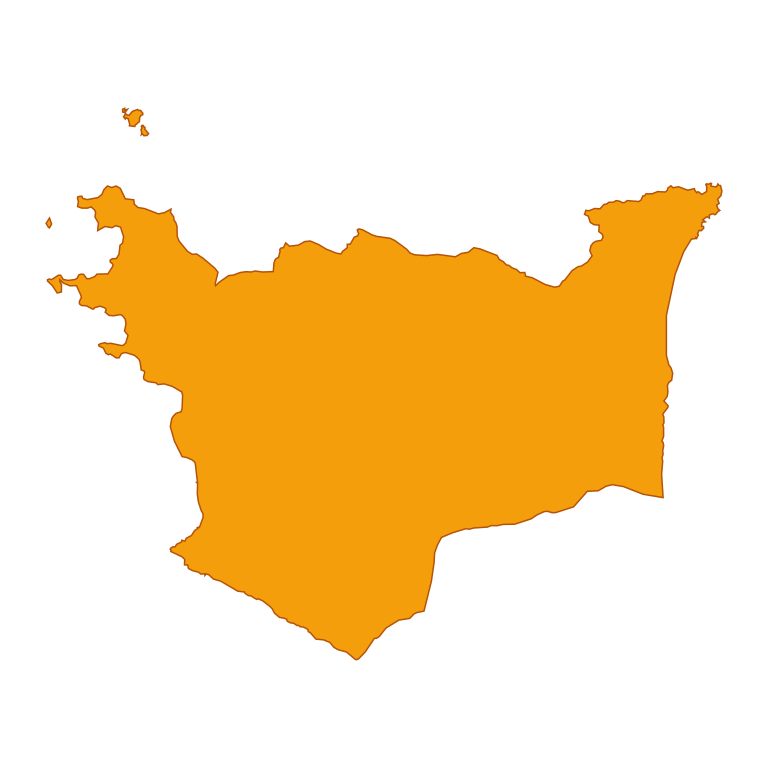 outline of Butiam, Mara, United Republic of Tanzania
{"feature_id": "72390352B35299561044003", "entity_name": "Butiam", "entity_type": "district", "adm_level": 2, "iso_a3": "TZA", "parent_name": "United Republic of Tanzania", "parent_adm1": "Mara", "projection": "albers", "projection_center": [33.892, -1.67], "detail": "fine", "context": "isolated", "style": "filled", "palette": "amber", "viewbox_px": 768, "rotation_deg": 0, "n_neighbors": 0, "source": "geoboundaries", "source_scale": "gbopen_adm2", "svg_char_len": 6077}
<svg xmlns="http://www.w3.org/2000/svg" viewBox="0 0 768 768"><path d="M663.1,497.6L661.6,474.3L662.7,461.2L662.0,457.6L663.1,454.4L662.7,450.8L663.7,445.5L663.1,442.5L661.9,441.1L663.6,436.4L663.6,427.0L662.8,425.2L664.0,422.7L663.8,416.8L662.7,414.2L668.0,407.2L668.1,405.8L663.9,401.0L667.2,396.4L667.9,391.9L667.4,385.3L669.1,382.1L671.6,380.3L672.7,373.2L670.9,367.7L668.8,364.9L666.4,355.4L666.4,315.4L675.1,274.5L683.6,251.9L691.4,239.1L696.1,238.5L696.0,238.0L696.6,238.5L698.3,234.9L697.5,233.8L699.1,230.4L701.2,230.7L703.7,228.3L703.5,226.4L701.5,226.4L702.0,222.3L705.4,221.8L702.8,219.8L706.9,216.7L709.4,218.1L709.4,215.0L712.9,213.7L714.8,214.7L715.8,214.3L717.6,211.8L719.8,210.4L717.9,208.7L716.7,205.1L719.2,203.3L717.6,199.3L720.9,195.7L721.9,191.2L720.5,185.6L718.6,185.2L717.9,184.0L716.6,186.6L715.4,186.9L710.8,186.0L711.5,183.5L710.8,183.2L708.2,184.3L706.4,183.8L705.8,184.7L706.7,186.7L706.6,191.5L701.7,194.5L699.1,192.2L697.8,191.8L696.9,192.8L694.9,190.5L694.4,188.6L687.7,190.2L678.7,186.8L673.0,187.7L670.9,185.8L668.0,187.9L667.3,190.2L665.4,192.0L657.7,191.6L652.1,193.8L645.9,193.9L644.8,195.6L642.8,196.0L640.9,200.2L638.8,201.5L627.0,200.6L625.0,202.4L622.4,202.7L619.7,201.2L616.0,200.6L613.6,202.2L609.0,202.2L606.8,203.9L603.9,204.5L600.0,208.8L594.7,208.5L588.8,210.8L585.9,210.3L584.5,214.4L588.3,216.2L590.3,222.4L593.8,224.6L599.2,225.2L598.8,231.6L602.1,234.1L603.1,236.8L601.5,240.3L595.7,241.3L592.9,243.2L590.9,245.9L589.8,250.9L592.1,255.8L587.5,262.1L581.1,266.2L578.2,266.6L572.0,270.7L564.8,280.0L562.6,281.2L559.4,286.2L554.8,287.2L545.2,284.5L532.2,277.7L525.6,276.2L524.8,272.5L520.0,272.7L516.4,269.4L512.5,268.1L508.8,265.3L506.5,265.0L503.2,261.6L499.2,259.4L497.1,255.5L480.0,248.9L473.8,247.7L468.3,252.3L461.5,253.4L455.4,256.8L437.5,254.4L426.6,255.6L414.6,254.8L410.0,253.0L406.6,249.2L394.8,240.5L390.2,238.3L376.8,236.4L371.9,234.8L362.6,229.8L358.9,228.9L357.2,230.0L358.6,233.6L357.8,235.7L354.2,237.2L350.3,244.1L347.2,244.3L347.3,247.7L342.6,251.3L340.9,254.0L335.9,253.0L326.2,249.1L318.9,244.7L310.2,241.0L304.6,241.6L298.4,245.1L289.5,246.2L285.7,242.9L283.5,247.6L280.9,248.1L279.7,249.6L280.1,251.1L278.6,257.2L275.6,259.0L274.9,260.4L273.9,263.4L273.3,271.6L262.4,272.0L255.2,271.0L251.2,272.0L246.0,271.7L240.3,272.5L233.2,275.1L228.6,275.6L219.0,282.4L215.6,285.7L215.2,283.8L218.0,272.2L214.6,268.0L203.0,258.2L196.6,254.0L192.2,254.3L187.5,251.3L179.3,241.4L177.2,236.6L177.0,226.3L175.7,222.4L174.1,220.2L173.6,216.7L170.5,212.4L171.0,209.1L164.6,212.6L158.5,213.9L144.7,208.6L138.0,207.5L134.3,204.2L133.8,199.8L125.3,198.8L120.3,188.4L116.2,186.0L111.7,187.5L107.4,186.0L103.9,189.7L101.9,194.4L98.0,197.6L87.2,199.6L82.7,198.4L81.8,196.2L78.0,196.6L77.4,198.0L78.4,201.3L77.6,206.6L81.8,208.1L87.6,208.1L91.1,206.9L94.5,209.9L95.6,212.3L95.0,217.1L98.4,223.0L97.7,230.6L105.0,226.5L112.0,227.7L115.7,225.7L120.5,227.1L123.6,236.6L122.6,243.0L120.0,245.3L119.0,254.2L116.3,258.6L112.3,258.7L110.1,260.2L110.3,262.1L112.5,263.8L113.1,265.7L107.9,273.9L97.0,274.1L94.7,276.6L89.3,278.7L86.8,278.7L83.6,274.3L81.0,274.2L78.9,274.8L77.1,278.3L75.0,279.5L68.4,280.4L63.3,279.5L60.7,275.3L58.7,275.1L51.6,279.6L49.3,279.0L47.5,279.7L47.5,281.0L52.4,285.7L57.2,293.0L61.4,292.0L61.5,284.6L59.7,281.1L59.8,279.6L63.1,282.9L69.9,285.8L76.5,285.6L80.7,294.9L81.4,297.4L79.4,301.4L79.4,303.8L81.5,305.5L86.4,305.8L92.5,309.1L93.7,309.0L94.7,307.6L100.0,306.2L104.7,307.8L106.2,309.4L105.2,312.2L109.0,315.4L113.5,315.8L120.4,314.6L122.5,315.7L125.2,319.1L126.0,324.1L124.5,330.9L128.0,335.4L125.7,343.1L123.0,345.4L121.3,345.5L110.9,343.3L106.8,343.6L105.0,342.7L100.2,343.8L98.7,344.7L98.9,346.0L103.4,348.1L105.9,353.3L108.3,354.7L110.4,354.0L116.2,357.9L119.1,357.8L121.3,353.8L123.3,352.9L125.8,352.6L134.5,355.3L138.7,358.9L140.0,361.7L141.2,369.9L144.3,371.2L144.7,372.5L143.5,377.1L144.0,379.4L147.9,381.6L156.0,382.8L157.8,384.6L164.2,383.9L172.1,386.3L181.7,391.9L182.6,395.2L182.1,408.4L181.1,411.7L176.0,413.4L173.1,416.4L171.7,418.8L170.3,426.6L174.5,441.3L182.1,456.6L186.9,457.6L191.9,459.8L194.3,461.6L195.3,463.5L197.5,482.8L196.9,482.7L197.6,483.4L197.3,494.1L198.4,501.8L201.1,510.3L203.1,514.0L203.0,517.6L199.6,526.9L197.9,527.4L198.6,527.7L194.4,530.8L191.5,535.5L186.3,538.2L184.9,541.2L181.9,540.2L181.3,542.1L176.6,544.3L175.2,546.8L172.9,546.8L171.1,547.8L170.2,549.2L171.1,550.2L170.8,551.5L182.0,556.8L184.7,559.4L184.5,564.9L187.6,565.0L188.5,568.5L192.7,570.7L198.5,572.2L200.9,574.1L204.8,573.8L204.9,575.4L206.1,574.0L208.7,574.7L213.5,579.1L220.6,581.1L237.8,591.2L244.4,592.0L245.1,593.4L248.3,595.6L250.8,595.8L256.6,599.4L258.1,598.8L262.4,600.6L270.0,606.5L272.3,608.9L274.5,613.1L279.5,617.4L284.4,618.3L286.7,619.3L287.3,621.3L290.7,623.0L293.4,623.1L297.0,625.5L298.8,625.4L299.9,626.6L303.5,627.1L306.0,628.4L307.9,629.5L308.3,631.7L310.4,632.8L315.9,639.1L323.7,639.9L329.8,642.4L334.0,647.4L338.0,649.7L346.5,652.0L355.3,659.4L356.7,659.7L358.7,658.7L365.1,652.1L374.4,638.4L376.4,638.3L379.1,636.7L386.0,628.0L398.9,620.1L409.7,618.4L414.1,613.9L416.8,612.6L424.0,611.1L431.4,581.2L434.1,562.3L434.6,552.9L437.4,545.1L441.5,537.4L452.4,532.8L465.9,528.7L469.3,529.2L473.7,528.0L487.3,527.1L491.4,525.6L496.8,525.7L503.4,524.4L514.7,524.2L531.2,518.8L536.8,515.0L544.2,511.6L547.5,511.3L552.0,512.7L555.7,512.6L573.6,506.8L587.3,491.3L598.1,490.8L606.1,486.2L612.4,484.7L623.5,486.6L643.2,494.3L663.1,497.6ZM138.6,110.4L137.6,109.5L132.5,111.3L129.0,115.3L126.8,114.9L125.1,113.1L125.1,114.7L123.5,116.8L125.3,119.0L125.9,117.8L128.2,118.8L129.7,124.1L129.4,125.8L134.8,126.5L135.2,125.1L139.4,121.6L139.7,117.5L141.1,115.3L142.7,114.8L142.8,113.2L140.6,110.4L138.6,110.4ZM148.6,133.7L144.8,129.1L145.0,127.4L143.5,126.7L143.5,125.6L142.1,125.3L141.3,126.4L142.0,128.0L141.0,129.6L141.8,133.2L141.4,134.6L142.3,133.9L143.9,135.7L146.9,135.5L148.6,133.7ZM49.5,227.9L51.6,224.0L49.5,218.0L46.1,223.4L48.5,227.4L49.5,227.9ZM124.8,110.3L124.7,108.3L122.6,109.2L122.7,112.1L125.2,112.4L127.4,109.3L124.8,110.3Z" fill="#f59e0b" stroke="#b45309" stroke-width="1.5"/></svg>